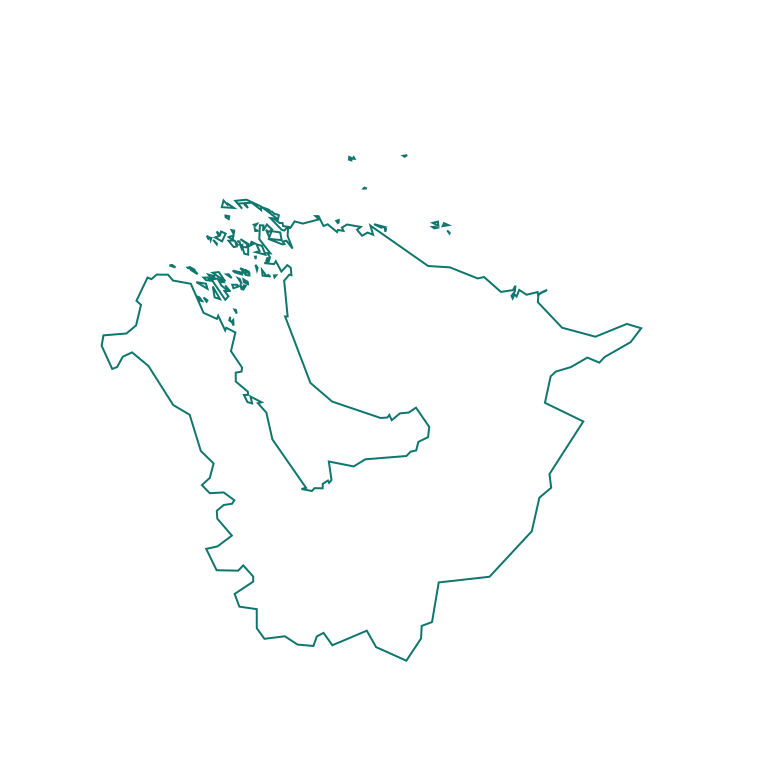 outline of Dalabyggð, Vesturland, Iceland, rotated 56°
{"feature_id": "244011B70126368142347", "entity_name": "Dalabyggð", "entity_type": "district", "adm_level": 2, "iso_a3": "ISL", "parent_name": "Iceland", "parent_adm1": "Vesturland", "projection": "albers", "projection_center": [-22.364, 65.186], "detail": "fine", "context": "isolated", "style": "outline", "palette": "teal", "viewbox_px": 768, "rotation_deg": 56, "n_neighbors": 0, "source": "geoboundaries", "source_scale": "gbopen_adm2", "svg_char_len": 6226}
<svg xmlns="http://www.w3.org/2000/svg" viewBox="0 0 768 768"><g transform="rotate(56 384 384)"><path d="M625.9,520.2L615.7,495.6L605.6,488.0L608.2,477.3L579.1,449.6L602.8,404.3L588.7,343.8L565.1,318.7L563.5,303.4L551.2,297.2L526.5,239.7L489.6,261.1L470.8,241.5L469.8,234.5L474.5,219.6L475.8,200.7L486.7,193.5L485.0,186.2L487.2,156.1L481.6,139.6L470.0,149.1L463.0,182.3L436.9,204.9L402.2,210.7L396.7,206.4L396.3,203.4L397.2,198.4L397.1,196.2L396.0,203.1L396.7,206.7L393.7,205.2L389.7,215.9L381.6,219.3L385.6,225.1L382.8,225.7L385.0,229.5L382.2,229.0L380.4,223.7L376.0,220.1L378.3,224.6L373.0,235.6L351.3,241.2L348.9,247.3L324.1,264.2L310.9,281.4L245.1,306.7L254.2,309.6L249.3,312.9L248.8,319.3L241.1,320.1L240.8,315.4L231.1,325.5L230.8,331.4L234.4,332.0L230.5,336.1L231.8,337.9L220.1,341.4L219.2,345.8L208.2,344.4L206.5,346.9L211.2,345.8L205.6,361.6L199.2,367.2L202.0,373.7L196.6,379.3L193.8,378.1L192.2,380.5L185.0,383.0L182.9,385.4L199.0,382.6L201.1,380.8L199.8,376.3L202.5,374.1L201.3,376.5L207.3,381.1L220.6,384.1L210.6,384.8L209.3,388.3L212.3,388.3L211.5,390.1L198.7,399.0L207.5,388.4L200.3,385.3L194.4,391.7L198.3,397.1L190.2,395.5L193.5,394.5L193.3,390.4L186.3,391.9L189.4,398.6L185.1,395.3L183.0,398.1L194.2,406.4L212.2,405.1L210.2,407.6L215.2,407.6L218.1,411.4L216.9,415.6L223.1,408.1L221.7,405.0L233.4,406.2L231.4,397.7L235.5,396.3L242.0,399.9L240.4,401.3L242.5,409.0L274.1,426.1L272.7,428.2L342.0,444.4L369.6,436.8L410.3,405.8L413.7,399.9L412.6,396.9L418.3,397.8L417.3,387.1L421.5,379.5L421.5,370.7L444.9,370.5L452.7,377.2L451.2,387.9L457.1,394.5L455.0,399.6L456.2,405.7L436.0,441.6L435.4,455.2L417.4,473.1L434.2,481.2L435.3,484.8L432.7,484.5L432.5,490.6L436.2,493.2L431.5,499.8L432.4,503.6L424.9,511.1L426.5,506.7L367.5,507.5L341.9,497.5L329.4,499.3L330.7,495.7L319.7,501.7L326.3,504.2L322.7,507.3L314.8,506.3L317.0,502.7L314.2,501.2L299.0,505.5L291.7,500.6L294.0,495.2L291.1,492.5L271.2,492.5L258.2,478.4L249.2,483.3L250.8,485.7L234.7,483.3L236.6,486.1L224.1,493.8L192.9,488.1L180.2,501.1L172.6,501.9L166.2,511.3L167.0,518.2L163.5,520.5L176.6,542.7L182.5,541.2L196.8,556.8L198.1,569.3L186.8,589.4L194.4,596.7L219.5,600.9L220.7,595.7L215.3,585.3L216.9,575.2L237.4,569.2L283.6,570.5L300.8,562.3L337.1,573.3L354.6,569.7L364.4,580.9L366.0,591.5L377.1,589.5L384.3,577.5L396.7,573.1L398.3,576.9L394.7,584.5L395.6,593.5L402.4,597.5L424.6,594.9L425.5,612.9L421.3,623.6L444.8,626.9L457.2,609.3L455.7,602.1L470.5,600.1L474.7,603.0L474.5,625.2L487.7,628.4L499.5,615.4L515.3,626.0L528.4,625.6L537.7,607.3L551.7,601.4L561.7,589.0L555.7,580.9L556.5,573.3L571.7,572.9L578.9,536.2L597.7,537.7L625.9,520.2ZM219.7,461.3L211.5,463.7L203.4,463.0L201.9,466.7L198.6,467.4L201.3,465.1L199.6,464.4L194.9,468.5L225.4,468.5L224.3,463.9L217.7,464.2L219.7,461.3ZM168.0,386.7L154.3,394.9L149.0,404.8L159.3,403.6L152.8,404.1L159.7,392.3L171.1,388.6L168.0,386.7ZM170.8,431.2L166.5,433.8L168.6,436.2L164.0,437.5L169.1,438.1L168.0,442.1L175.2,438.5L170.8,431.2ZM188.1,379.8L185.3,376.8L184.2,377.4L181.8,379.6L178.4,380.5L177.3,381.9L175.3,381.9L169.1,386.3L188.1,379.8ZM191.9,418.2L183.6,422.0L192.1,419.0L193.7,421.7L191.0,424.8L197.9,426.9L200.8,424.3L191.9,418.2ZM210.5,410.0L201.1,407.9L197.0,411.7L204.2,412.8L203.0,416.6L210.5,410.0ZM210.1,458.2L198.8,458.4L196.0,463.8L210.1,458.2ZM154.2,409.9L145.9,413.2L149.1,413.3L142.1,414.4L146.7,419.6L154.2,409.9ZM221.9,472.5L207.5,471.4L217.5,476.0L221.9,472.5ZM206.3,477.1L201.3,475.5L194.6,482.6L206.3,477.1ZM187.7,427.4L181.6,427.6L178.3,432.8L186.5,432.0L187.6,429.1L185.2,428.4L187.7,427.4ZM245.9,302.9L252.8,299.0L253.9,295.9L245.9,302.9ZM221.6,459.6L216.1,460.2L213.4,460.6L221.6,459.6ZM228.5,421.5L226.0,421.1L221.3,421.4L226.3,424.1L228.5,421.5ZM221.8,450.1L219.7,450.2L216.8,454.3L220.4,455.3L221.8,450.1ZM221.8,446.1L216.3,444.9L214.8,445.8L221.8,446.1ZM213.9,440.4L212.4,439.4L205.4,446.0L207.9,445.3L213.9,440.4ZM188.7,477.1L183.4,477.6L180.9,480.6L188.7,477.1ZM201.4,470.0L197.1,470.7L194.9,474.1L198.3,473.5L201.4,470.0ZM218.8,434.9L216.7,433.6L212.7,437.9L216.3,437.6L218.8,434.9ZM215.9,483.6L211.5,485.2L216.6,485.1L215.9,483.6ZM180.2,428.7L176.5,426.3L175.4,430.6L180.2,428.7ZM285.9,247.1L288.4,241.7L284.2,244.3L285.9,247.1ZM225.0,440.8L223.0,439.9L218.6,442.0L221.2,443.2L225.0,440.8ZM194.4,417.8L195.1,412.5L192.1,414.3L194.4,417.8ZM174.1,444.0L168.9,445.0L174.7,444.6L174.1,444.0ZM227.4,448.5L225.2,443.5L223.9,445.1L227.4,448.5ZM283.1,250.4L279.5,248.5L277.7,253.5L283.1,250.4ZM160.5,420.5L158.4,418.5L155.7,421.2L157.1,422.0L160.5,420.5ZM175.7,424.8L173.1,422.4L171.2,424.3L175.7,424.8ZM213.5,488.4L208.9,488.6L207.0,489.9L211.4,490.3L213.5,488.4ZM224.8,332.3L224.7,331.2L222.7,329.8L222.1,332.4L224.8,332.3ZM209.7,460.3L206.1,461.1L205.3,462.3L207.5,463.0L209.7,460.3ZM224.6,447.8L220.9,447.6L226.5,449.3L224.6,447.8ZM180.3,286.1L177.7,284.9L176.3,285.8L178.4,287.6L180.3,286.1ZM216.0,433.0L211.8,435.1L211.6,435.9L216.0,433.0ZM251.4,476.0L246.6,473.2L247.0,475.4L251.4,476.0ZM211.0,451.0L206.2,451.4L205.1,453.3L211.0,451.0ZM217.0,423.8L213.3,423.9L218.6,425.7L217.0,423.8ZM162.0,398.3L158.4,398.3L156.7,399.5L162.0,398.3ZM217.3,411.3L214.6,409.0L215.9,411.4L213.8,409.7L216.0,412.5L217.3,411.3ZM211.1,437.5L209.8,436.8L207.6,438.6L211.1,437.5ZM183.8,476.8L178.6,479.5L177.6,481.8L178.3,481.7L183.8,476.8ZM191.7,426.2L189.3,423.6L188.2,425.5L191.7,426.2ZM295.6,245.1L292.0,245.7L295.9,245.6L295.6,245.1ZM245.6,476.4L242.3,474.0L244.8,476.7L245.6,476.4ZM234.4,415.1L233.6,412.6L232.5,414.5L234.4,415.1ZM165.2,446.8L162.0,448.0L165.5,448.5L165.2,446.8ZM210.5,291.7L212.3,289.0L210.2,290.4L210.5,291.7ZM186.7,402.6L184.6,404.1L183.2,404.3L185.2,405.2L186.7,402.6ZM186.4,424.6L185.2,424.0L183.4,425.5L186.4,424.6ZM181.1,402.4L180.2,399.8L179.2,402.8L181.1,402.4ZM167.8,447.2L166.4,445.4L165.5,446.3L167.8,447.2ZM207.2,239.8L207.2,236.8L205.5,240.5L207.2,239.8ZM165.7,495.6L170.8,491.7L166.9,493.0L165.7,495.6ZM243.2,466.7L239.6,465.4L238.7,466.4L243.2,466.7ZM231.6,418.2L228.8,418.9L228.6,420.7L231.6,418.2ZM208.7,420.5L206.8,419.0L206.3,419.7L208.7,420.5ZM179.6,284.2L180.9,282.4L179.0,282.3L179.6,284.2ZM284.3,252.4L282.2,253.6L280.8,256.1L283.1,255.3L284.3,252.4ZM258.6,297.8L256.4,295.5L255.4,296.3L258.6,297.8Z" fill="none" stroke="#0f766e" stroke-width="2"/></g></svg>